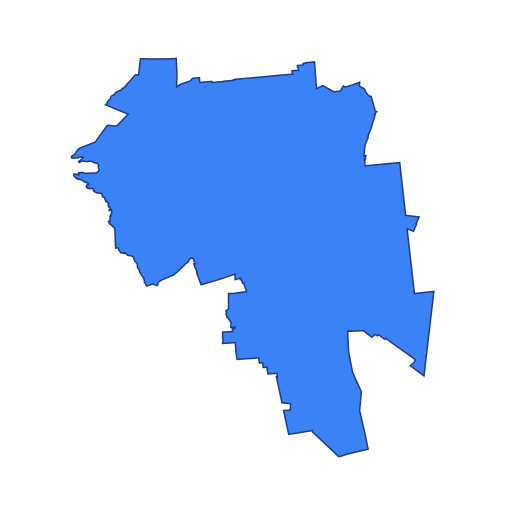 outline of Pánuco, Zacatecas, Mexico, rotated 84°
{"feature_id": "50627088B44962860641179", "entity_name": "Pánuco", "entity_type": "district", "adm_level": 2, "iso_a3": "MEX", "parent_name": "Mexico", "parent_adm1": "Zacatecas", "projection": "equal_earth", "projection_center": [-102.504, 22.978], "detail": "fine", "context": "isolated", "style": "filled", "palette": "blue", "viewbox_px": 512, "rotation_deg": 84, "n_neighbors": 0, "source": "geoboundaries", "source_scale": "gbopen_adm2", "svg_char_len": 5995}
<svg xmlns="http://www.w3.org/2000/svg" viewBox="0 0 512 512"><g transform="rotate(84 256 256)"><path d="M445.8,166.0L420.6,169.1L402.1,165.4L382.0,172.1L361.3,173.9L340.5,172.8L341.5,156.9L349.0,149.3L346.4,145.8L348.2,143.6L347.2,142.2L352.3,136.7L351.5,135.6L375.8,108.3L378.3,109.9L381.2,114.0L392.8,101.5L309.8,82.8L309.9,102.4L244.7,102.9L247.9,96.8L240.9,92.9L240.2,93.4L239.8,92.9L238.9,92.4L234.2,89.7L231.2,103.0L178.1,103.3L177.7,138.1L171.5,138.0L171.7,137.6L171.2,137.6L171.4,137.2L171.0,136.9L170.8,137.2L170.2,137.3L167.7,136.2L167.6,136.8L167.2,138.1L167.7,138.2L167.7,138.4L163.9,137.3L159.8,136.6L156.1,135.6L149.8,132.0L149.5,132.6L145.2,130.5L140.3,127.8L135.8,126.1L127.7,122.5L127.2,123.3L125.0,120.9L124.4,122.2L109.2,124.8L109.0,126.3L108.5,127.0L107.7,127.5L106.3,128.6L104.8,129.6L103.8,129.8L102.6,130.3L101.7,130.4L101.4,130.6L100.6,131.3L99.7,133.0L97.9,135.3L94.0,134.7L96.0,142.4L97.4,149.2L96.0,151.4L99.3,153.8L100.6,154.4L101.0,160.9L99.0,164.1L98.0,165.3L93.4,172.1L96.0,178.4L69.1,177.5L69.0,180.2L69.1,180.3L69.0,186.2L69.5,186.2L69.4,189.1L71.0,189.1L70.9,194.9L72.5,195.0L72.8,194.5L73.1,194.3L75.8,194.3L75.5,200.8L78.6,200.8L79.0,200.4L78.7,212.5L78.6,227.3L78.1,258.8L78.5,258.8L78.5,260.1L79.0,260.2L78.8,269.6L79.1,269.7L79.0,272.9L78.8,281.8L77.7,281.8L77.6,293.8L72.8,293.6L72.6,300.2L73.7,301.8L74.7,302.7L75.1,303.6L75.3,304.6L75.8,306.2L76.4,309.5L76.8,310.5L77.1,312.2L77.7,314.1L79.3,316.4L79.6,317.3L67.2,315.6L51.2,314.7L50.9,321.6L48.9,341.6L47.7,350.3L63.7,353.9L63.1,357.0L68.3,362.5L71.1,365.9L75.2,370.0L75.1,371.3L76.0,371.9L76.0,372.2L76.5,372.7L77.2,373.2L77.3,373.6L77.2,374.6L77.5,375.7L78.5,377.1L78.4,377.6L79.3,379.1L80.3,379.8L81.2,381.1L81.3,382.2L81.7,382.8L82.5,383.7L83.4,384.0L84.7,384.7L85.0,385.3L87.5,387.8L88.7,388.2L89.0,388.5L89.9,389.9L101.6,368.3L111.5,380.2L112.0,381.5L112.0,383.2L110.4,389.8L110.5,390.2L125.9,404.0L130.2,419.6L131.0,421.2L131.9,422.2L134.0,424.3L136.3,426.0L136.7,426.7L137.2,428.5L137.7,429.1L138.9,429.2L139.3,429.1L139.4,428.7L139.5,427.6L139.4,427.2L139.8,426.3L139.6,425.6L139.7,423.6L139.9,422.9L139.4,422.5L139.2,422.0L139.1,421.3L139.4,420.0L139.3,419.4L139.4,418.5L139.7,418.1L139.8,417.7L140.2,418.3L140.8,418.7L142.2,420.3L143.5,422.6L144.6,422.0L143.4,419.5L143.5,418.5L144.4,414.5L144.3,410.0L146.0,407.8L147.3,404.1L149.6,402.9L151.8,403.6L153.5,403.2L154.2,402.9L156.9,406.1L156.5,407.7L156.7,408.8L156.4,409.3L156.5,409.7L156.3,410.9L156.4,411.4L156.3,412.1L156.4,412.4L156.1,413.5L156.1,414.8L156.0,415.0L156.0,415.6L156.4,416.2L156.4,416.8L155.9,417.2L155.7,417.6L154.9,419.2L154.8,419.8L155.0,420.2L154.7,420.8L154.6,421.3L154.8,422.4L154.5,423.4L155.1,423.9L155.8,423.3L155.9,423.6L157.1,424.3L156.1,425.6L155.8,426.7L155.8,427.3L155.5,428.6L157.0,428.9L158.0,428.4L159.1,427.3L160.0,426.7L160.2,425.9L160.5,425.8L160.4,425.6L160.5,425.4L160.9,425.0L160.8,424.7L161.1,424.6L161.3,424.3L161.2,423.8L161.3,423.5L161.4,423.1L162.2,421.4L162.8,420.9L163.1,420.4L163.5,419.1L164.0,419.2L164.1,418.7L164.4,418.6L164.3,418.3L164.7,417.6L165.0,417.5L165.4,416.8L165.4,416.6L165.9,415.6L166.3,415.4L166.6,414.9L166.9,414.9L167.1,415.3L167.6,415.3L167.8,415.5L167.6,416.0L167.7,416.3L167.8,416.4L168.0,417.0L168.5,417.0L169.0,417.4L169.5,417.5L169.6,417.2L170.0,417.1L170.0,416.8L170.2,416.6L170.6,416.6L170.7,416.1L171.0,416.2L171.0,415.6L171.3,415.2L171.4,414.7L171.7,414.6L171.7,414.0L171.8,413.9L171.7,413.7L171.3,411.9L171.5,411.7L171.8,411.8L172.0,410.9L172.8,410.5L173.5,411.0L173.9,410.5L174.9,410.3L175.2,410.0L175.8,408.7L176.4,408.2L176.3,407.4L176.4,407.1L176.9,406.7L177.5,403.6L177.6,403.4L178.8,402.6L179.6,402.3L179.8,402.3L180.3,402.6L181.2,402.3L181.3,401.2L181.8,401.1L181.9,400.8L182.4,400.6L182.8,400.6L183.4,400.2L183.9,400.3L184.8,399.9L186.0,399.8L186.4,399.4L186.4,398.5L186.6,398.3L186.9,398.0L188.0,397.4L188.5,397.3L189.3,397.6L189.7,397.2L190.1,397.5L191.2,397.7L191.6,397.6L191.9,397.3L192.0,396.3L192.4,396.3L193.5,395.7L194.1,396.3L194.7,397.2L195.5,397.3L195.1,395.4L195.3,394.8L195.5,394.6L196.7,395.0L197.7,395.2L198.1,395.0L198.7,395.3L199.0,395.8L200.5,396.3L200.8,396.7L201.0,396.2L201.5,396.3L201.9,397.0L202.4,397.0L203.2,397.3L204.5,397.4L205.7,397.3L205.7,398.3L206.4,399.1L207.0,398.3L207.9,398.2L208.2,398.6L213.6,393.5L233.4,394.8L233.5,392.3L234.9,391.7L235.6,392.0L236.4,391.5L237.0,390.9L237.5,390.6L238.1,390.5L238.8,390.0L239.0,389.5L238.7,389.0L238.8,388.6L239.4,387.5L239.5,387.1L239.1,386.9L239.0,386.6L239.1,386.3L239.7,386.4L239.8,385.9L239.6,385.3L239.8,385.0L240.5,384.4L241.2,384.2L242.3,382.9L242.4,382.4L242.3,381.3L242.4,380.8L243.0,380.0L243.4,378.8L244.2,377.8L244.3,377.8L244.6,378.1L244.9,377.9L245.3,377.9L247.1,377.5L248.1,377.2L248.8,376.8L250.7,375.3L253.2,374.8L254.1,375.2L254.9,375.1L257.4,373.8L260.1,373.2L264.3,371.2L266.4,369.9L270.0,369.5L270.7,369.8L271.1,369.1L273.5,368.4L274.5,367.5L272.9,361.9L274.1,359.5L274.1,359.1L275.1,357.3L274.4,356.7L272.3,356.3L271.5,355.4L270.9,353.9L270.2,352.8L268.7,348.2L266.4,340.2L265.4,338.7L264.3,336.9L259.1,330.1L257.1,327.8L254.7,324.1L251.9,322.1L251.2,321.2L251.8,318.6L254.6,318.1L257.2,317.2L257.5,318.7L261.3,317.8L261.6,317.7L261.7,317.3L266.6,316.3L266.8,316.7L278.9,313.6L275.2,293.8L271.8,278.8L277.4,279.2L276.3,273.8L277.9,274.1L277.9,273.1L281.6,272.2L281.5,271.1L290.4,269.1L290.9,282.0L290.5,287.3L305.3,288.8L305.9,289.1L306.9,290.5L307.3,291.7L309.0,291.1L309.9,291.9L313.4,291.4L316.7,289.2L319.1,288.0L319.3,287.7L324.4,288.5L324.6,286.6L324.6,285.6L324.2,284.2L326.0,284.9L326.1,287.2L328.7,287.2L328.2,297.1L335.0,297.9L335.6,297.3L339.5,298.5L340.0,285.7L349.4,285.9L356.9,285.7L357.6,264.1L362.8,263.8L362.9,260.7L367.6,260.5L367.6,256.8L374.6,256.5L374.7,249.7L374.8,249.7L374.8,247.3L378.4,247.4L378.2,248.3L404.7,245.5L406.3,238.1L406.4,237.4L406.7,237.0L412.8,238.1L412.5,244.7L436.8,242.1L435.5,218.0L436.7,218.3L464.3,194.6L464.0,192.7L462.3,184.2L459.8,164.7L445.8,166.0Z" fill="#3b82f6" stroke="#1e3a8a" stroke-width="1.5"/></g></svg>